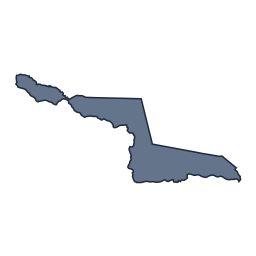 Campinorte, Goiás, Brazil, rotated 267°
{"feature_id": "56859067B34787667002337", "entity_name": "Campinorte", "entity_type": "district", "adm_level": 2, "iso_a3": "BRA", "parent_name": "Brazil", "parent_adm1": "Goiás", "projection": "equal_earth", "projection_center": [-48.948, -14.012], "detail": "fine", "context": "isolated", "style": "filled", "palette": "slate", "viewbox_px": 256, "rotation_deg": 267, "n_neighbors": 0, "source": "geoboundaries", "source_scale": "gbopen_adm2", "svg_char_len": 4436}
<svg xmlns="http://www.w3.org/2000/svg" viewBox="0 0 256 256"><g transform="rotate(267 128 128)"><path d="M186.4,19.5L185.5,19.3L184.9,19.0L182.8,19.0L179.2,19.3L177.7,18.3L176.9,19.0L176.2,19.6L175.5,20.0L174.4,20.4L173.9,22.2L172.9,25.2L172.2,27.0L171.2,28.1L169.0,29.8L168.4,30.4L167.6,31.4L166.4,31.8L165.8,32.2L165.1,32.9L164.2,34.6L163.1,36.3L162.2,36.8L161.3,37.2L160.0,37.8L159.2,38.6L158.9,39.6L159.2,40.7L159.4,41.8L159.6,42.8L159.9,45.0L160.1,46.2L159.8,47.7L159.3,49.2L158.4,50.3L158.2,51.4L157.1,53.6L156.6,54.2L156.1,54.7L155.6,55.5L155.1,56.7L155.1,57.8L155.9,58.1L156.6,58.6L157.2,59.2L157.8,59.6L158.4,60.2L158.5,61.8L159.1,62.5L159.9,63.1L160.3,63.8L160.5,65.2L160.3,66.2L159.2,68.6L158.6,69.5L158.0,70.0L156.6,70.0L155.9,70.1L154.6,71.8L153.9,72.7L152.7,72.8L151.8,73.2L150.7,74.4L149.4,74.8L148.5,75.3L147.8,76.0L146.9,77.2L146.3,78.4L146.0,79.9L145.7,80.8L144.3,81.6L143.1,82.2L142.3,83.4L141.0,85.1L141.3,86.1L141.8,87.2L141.7,88.8L142.0,90.1L141.9,91.0L141.7,92.0L141.4,94.1L141.2,95.5L141.2,96.8L140.7,97.6L139.4,98.6L139.0,99.5L138.5,100.4L137.4,101.7L137.6,103.0L138.3,103.9L138.2,105.1L137.5,105.7L136.8,107.0L136.4,107.7L136.1,108.6L135.8,109.8L135.1,110.9L134.4,111.4L133.8,112.2L132.9,112.7L132.3,113.0L131.5,113.3L130.7,113.3L129.8,113.4L129.0,114.4L129.1,115.4L129.4,116.2L129.6,117.3L130.0,118.2L130.8,119.1L131.0,120.2L131.1,121.4L131.1,122.8L131.0,123.9L131.2,125.2L131.1,126.7L129.5,126.9L128.5,127.1L127.9,128.1L126.9,127.9L126.2,127.2L125.2,127.3L123.1,129.1L122.7,130.8L122.8,132.3L121.9,133.0L121.2,132.9L120.3,133.7L119.4,134.4L118.3,133.9L117.1,134.0L116.1,133.4L114.5,133.3L113.2,133.5L112.5,133.3L111.7,132.9L110.1,132.6L108.9,131.3L108.9,130.1L109.4,129.1L108.4,128.4L107.1,128.0L105.9,128.0L104.3,128.6L103.4,128.8L102.5,129.0L101.6,129.5L100.6,129.5L99.8,129.8L99.1,129.2L97.8,129.3L96.8,129.5L95.3,129.0L94.6,128.1L94.0,127.9L92.9,127.9L91.6,127.1L90.7,126.5L90.0,126.0L88.6,125.9L87.8,126.5L87.4,127.2L87.0,128.9L86.2,130.2L85.5,130.9L84.5,131.3L83.8,130.9L83.2,130.0L82.3,130.1L81.0,130.5L79.6,129.9L78.9,130.2L78.1,130.4L77.2,130.5L76.4,130.8L75.4,131.2L74.1,131.9L73.7,133.2L73.1,133.8L73.0,135.6L72.9,136.8L72.9,138.3L73.0,139.3L73.3,140.4L73.7,142.3L73.7,144.1L73.4,145.5L73.0,147.5L73.0,148.5L73.2,149.6L72.8,151.4L72.4,153.1L72.4,154.0L72.4,155.9L72.6,157.5L73.0,158.9L73.9,160.5L74.3,161.5L74.0,162.5L72.7,164.2L72.5,165.9L73.1,166.7L73.6,168.0L74.1,169.7L73.6,170.7L72.9,170.5L72.2,170.7L71.6,171.1L71.5,172.1L71.4,173.2L71.2,174.0L71.3,175.0L71.8,175.6L72.8,175.5L72.2,176.6L71.8,177.7L72.6,178.1L73.1,178.7L73.2,179.9L72.8,181.2L73.7,182.9L74.3,183.9L74.8,184.5L75.5,184.8L76.2,184.5L76.9,184.5L77.6,184.6L78.3,184.7L78.9,186.4L78.8,187.8L78.2,189.3L77.8,190.2L77.3,191.4L77.3,192.9L77.6,194.6L77.5,196.1L76.8,197.5L76.3,198.2L75.8,199.1L75.4,200.1L75.1,200.9L74.6,202.6L74.8,204.1L75.3,205.1L75.7,205.8L76.0,206.7L76.3,208.0L76.5,210.1L76.3,211.2L75.8,212.1L75.2,213.0L74.6,214.3L74.5,215.5L75.0,217.1L74.8,218.5L74.4,219.7L73.1,221.5L72.2,222.6L71.7,223.6L71.2,225.2L71.0,226.9L71.3,228.4L71.1,231.0L71.4,232.3L71.5,233.3L71.2,234.4L70.5,235.2L69.9,235.6L69.3,235.8L68.7,236.0L69.7,236.8L70.5,237.7L71.7,237.6L72.7,237.3L73.5,237.6L74.2,237.2L74.9,236.5L76.4,235.6L77.6,235.2L78.6,234.8L79.4,234.1L79.9,233.3L80.5,232.7L81.3,233.2L82.0,233.1L82.6,234.0L93.6,221.9L94.3,221.3L95.0,220.5L95.1,219.5L94.8,218.3L99.1,199.1L100.2,194.9L109.9,154.5L110.7,151.4L112.1,151.2L114.4,150.8L116.8,150.3L117.5,150.2L119.1,149.9L120.0,149.7L154.9,143.0L156.5,142.7L157.9,124.8L159.8,99.5L160.7,88.9L160.8,87.7L161.2,86.6L161.7,85.6L162.3,84.7L162.7,83.4L162.8,82.0L162.8,80.5L163.2,79.6L163.2,78.6L162.8,77.7L162.5,76.7L162.1,76.0L161.7,74.9L161.3,74.0L160.9,73.3L160.3,72.2L159.7,71.1L160.5,70.0L161.2,69.3L161.9,68.9L161.6,67.6L162.4,67.1L163.5,66.9L163.6,65.8L164.3,64.7L165.8,65.2L166.7,64.8L167.5,64.1L167.3,63.1L168.0,62.0L169.1,62.1L169.6,61.1L170.7,59.9L171.3,59.1L172.0,58.4L172.3,57.6L172.4,56.1L172.8,54.4L173.8,53.1L174.3,51.9L174.0,50.7L173.5,51.2L173.6,50.1L174.4,48.9L175.0,46.6L175.1,45.6L175.4,43.8L176.2,42.7L176.5,41.5L176.4,40.6L176.0,39.3L176.7,38.6L177.4,39.0L178.5,38.9L179.4,38.1L179.9,37.6L180.8,36.2L181.1,35.5L181.8,35.3L182.6,34.8L183.2,34.1L183.5,33.3L184.0,31.8L185.1,32.0L185.2,30.9L185.7,29.6L186.1,28.5L186.4,27.7L186.4,26.9L186.5,25.7L187.2,24.2L187.3,23.3L186.7,22.0L186.4,20.9L186.4,19.5Z" fill="#64748b" stroke="#1e293b" stroke-width="1.5"/></g></svg>